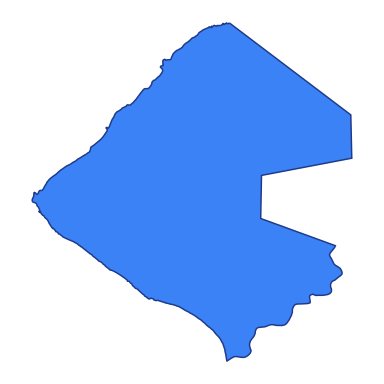 outline of Gros Piton, Soufrière, Saint Lucia
{"feature_id": "8701671B60383917462580", "entity_name": "Gros Piton", "entity_type": "district", "adm_level": 2, "iso_a3": "LCA", "parent_name": "Saint Lucia", "parent_adm1": "Soufrière", "projection": "mercator", "projection_center": [-61.071, 13.808], "detail": "fine", "context": "isolated", "style": "filled", "palette": "blue", "viewbox_px": 384, "rotation_deg": 0, "n_neighbors": 0, "source": "geoboundaries", "source_scale": "gbopen_adm2", "svg_char_len": 5461}
<svg xmlns="http://www.w3.org/2000/svg" viewBox="0 0 384 384"><path d="M350.8,114.9L230.0,23.4L228.8,23.4L228.2,23.3L227.4,23.8L226.8,23.3L226.4,23.0L225.0,24.0L224.1,24.4L223.4,24.3L223.2,24.1L223.5,23.6L223.2,23.5L222.7,23.8L222.4,24.3L222.4,24.6L220.7,25.4L219.6,25.5L218.7,25.6L217.8,25.6L217.3,25.4L217.0,25.6L216.7,26.1L216.1,26.2L215.8,26.1L214.7,25.5L213.9,25.5L213.5,25.7L212.7,26.5L212.1,27.0L212.1,26.4L211.6,26.3L211.1,27.0L210.8,27.4L209.8,26.9L209.1,26.9L208.9,27.3L208.1,27.7L203.8,29.6L202.4,30.3L201.1,31.4L200.4,31.7L199.3,32.5L198.9,32.8L197.9,34.5L197.2,35.2L196.3,35.9L195.4,36.3L195.1,36.6L194.8,37.2L194.0,37.5L193.2,37.5L192.8,37.8L192.2,38.0L190.1,40.0L189.7,40.6L188.2,41.6L187.5,42.3L186.0,43.1L184.3,44.5L183.1,46.1L182.1,47.4L180.6,48.5L178.2,49.8L176.7,50.5L175.4,51.5L173.1,53.9L172.5,55.5L172.0,56.3L171.1,58.7L171.0,59.1L170.4,59.6L166.8,59.9L166.1,60.2L165.6,60.1L165.3,59.5L164.7,59.3L163.1,60.1L162.8,61.1L162.9,62.1L162.9,64.4L163.3,64.7L163.3,65.1L162.8,65.8L161.3,65.9L160.7,66.3L160.4,67.1L160.8,67.6L162.0,68.7L162.2,69.0L162.6,70.0L162.6,70.9L162.3,72.0L161.1,73.8L159.8,75.6L159.3,76.2L158.4,76.7L155.1,79.9L153.4,80.5L153.0,81.0L152.0,82.2L151.8,83.2L151.6,84.3L150.5,86.1L149.2,87.8L148.5,88.3L147.4,88.6L145.1,88.7L144.2,88.9L142.7,90.5L140.7,93.0L139.1,95.2L137.8,96.9L135.7,99.8L134.9,100.5L133.5,102.2L131.8,103.7L129.8,105.2L128.7,105.0L127.7,104.8L126.7,105.3L126.1,106.3L122.2,108.1L121.1,109.4L119.0,110.8L116.9,111.9L115.3,113.7L114.2,116.0L113.8,117.0L112.5,118.9L111.8,120.3L109.5,126.1L109.0,127.3L108.5,127.9L108.3,128.1L107.8,127.9L106.9,127.4L106.4,127.5L106.1,127.9L106.3,128.4L107.1,129.3L107.3,130.2L107.1,130.9L104.3,135.1L102.7,137.3L100.8,139.4L96.2,143.2L95.1,144.2L93.1,145.7L91.3,146.8L90.8,147.5L90.3,150.0L89.9,151.0L89.4,152.0L87.7,153.0L86.7,153.9L84.0,155.4L80.1,157.9L78.6,158.7L77.6,159.2L76.0,160.8L72.8,162.5L70.1,164.4L67.0,165.8L65.2,166.9L63.0,168.6L60.9,169.9L58.9,171.6L57.9,172.5L57.4,173.1L56.7,173.6L55.5,174.7L54.3,175.4L50.6,178.2L49.6,179.1L46.9,182.3L46.3,183.8L44.5,186.5L43.6,188.5L42.1,190.4L41.3,190.5L40.3,190.4L39.5,190.7L38.4,192.6L38.1,193.6L37.6,194.2L37.1,194.4L36.4,194.1L35.6,193.0L34.7,192.5L34.4,192.5L33.9,192.9L33.8,196.0L32.3,199.3L32.2,200.2L32.3,201.2L32.8,201.9L33.4,202.3L33.8,202.4L34.8,202.7L36.2,203.3L36.8,204.6L36.8,204.9L37.2,205.9L38.3,207.0L39.1,208.5L39.9,210.9L39.1,211.2L38.9,211.5L39.1,211.9L39.5,212.3L40.0,212.4L40.7,212.2L40.8,212.6L41.1,213.4L41.5,214.0L42.9,215.4L43.6,215.6L43.9,215.9L44.6,217.1L45.0,217.7L46.4,218.8L47.7,220.2L49.1,223.2L51.9,227.6L52.8,228.5L53.2,228.3L54.2,229.2L55.3,230.7L55.9,231.7L56.8,231.8L57.5,232.4L58.3,233.1L58.4,233.5L58.5,233.9L59.5,234.1L61.0,235.2L62.1,236.1L63.1,237.0L65.8,238.3L69.0,239.8L72.8,241.3L76.1,243.2L77.4,243.8L78.1,244.5L78.9,245.3L79.9,245.7L80.6,246.5L81.4,246.8L84.1,249.0L87.5,251.7L89.9,253.6L90.6,254.1L91.9,254.8L92.5,255.7L93.9,256.9L95.4,257.9L96.1,258.6L97.4,259.6L98.6,260.9L100.8,261.9L102.3,263.0L102.6,263.3L103.1,264.1L103.9,264.6L104.7,265.0L104.9,265.3L105.3,266.1L106.0,266.6L107.9,268.1L109.7,269.5L110.1,270.1L111.0,270.2L112.0,270.4L112.5,270.6L114.7,271.7L116.9,272.9L119.1,274.3L120.7,275.3L125.5,278.7L126.9,279.9L127.3,280.2L127.3,280.7L127.5,281.2L128.9,281.3L129.5,281.8L130.7,283.2L131.7,283.8L132.6,285.7L134.1,286.9L135.5,288.4L136.6,288.5L137.2,289.0L141.0,292.5L142.2,293.5L142.9,294.3L143.8,294.6L144.6,296.0L146.3,296.9L146.7,297.0L146.9,297.6L148.3,298.6L149.5,299.0L150.4,298.6L150.5,298.4L151.1,298.2L153.0,298.8L153.3,298.8L153.8,299.8L154.2,300.1L155.4,300.4L156.0,300.6L156.9,300.4L157.8,300.4L161.1,301.4L162.0,301.8L164.2,302.3L165.0,302.8L168.3,303.5L170.1,304.1L172.1,304.4L174.5,305.1L175.8,305.5L176.9,306.0L178.7,306.5L180.2,307.3L183.1,309.0L185.4,310.5L185.6,310.5L187.9,311.7L188.9,312.1L189.6,312.8L192.5,314.2L192.7,314.5L193.5,314.8L194.7,315.6L197.8,317.9L198.7,318.6L200.7,319.7L203.1,321.9L204.4,322.8L206.0,324.5L207.0,325.5L209.0,327.1L210.0,327.7L210.8,328.5L212.1,329.7L212.8,329.9L215.5,333.5L216.4,334.5L217.5,335.6L217.8,336.0L219.1,337.3L219.4,337.8L220.3,338.9L221.8,341.9L222.4,342.8L222.9,343.7L223.6,345.8L224.3,347.9L224.3,348.2L224.8,349.3L225.1,349.7L224.9,350.7L225.7,354.2L226.3,357.7L226.8,360.7L227.0,361.0L231.5,358.1L234.1,356.7L236.1,356.5L238.0,356.8L241.6,357.3L243.9,357.4L246.1,356.7L248.7,354.9L250.4,352.9L251.1,350.7L250.2,348.3L249.8,346.8L249.5,345.4L249.7,343.1L250.6,340.7L251.6,339.2L253.6,336.8L254.9,334.2L255.2,333.0L255.3,331.3L256.0,329.4L257.3,327.9L258.9,327.4L264.8,326.8L267.2,326.0L268.1,325.5L270.5,324.8L272.2,324.6L276.5,325.4L281.9,325.5L283.8,325.1L285.4,324.5L286.7,323.2L287.1,322.9L287.3,322.5L289.2,319.8L290.3,317.5L291.5,315.2L291.8,313.4L292.3,312.8L292.4,309.5L293.1,307.4L294.0,305.8L294.7,304.9L296.0,304.3L297.4,304.0L303.6,303.8L307.9,303.5L309.8,303.0L310.3,302.0L309.9,299.6L309.5,297.0L309.6,296.1L310.5,295.0L312.5,294.3L313.3,294.3L314.5,295.0L316.3,295.5L316.6,295.3L322.8,295.3L325.7,294.9L327.7,294.5L329.8,293.6L330.9,292.4L331.4,291.5L331.5,290.0L331.3,288.7L330.5,286.5L330.6,284.2L331.5,282.2L332.7,281.0L334.7,280.2L338.5,277.1L340.5,275.7L341.9,274.2L342.1,272.3L341.2,270.1L340.2,268.4L337.4,266.4L335.5,265.4L333.8,263.7L332.5,260.8L331.1,258.1L330.0,256.5L329.5,254.7L330.1,253.2L331.0,252.0L333.7,248.7L334.6,247.5L335.4,245.7L260.7,218.5L261.5,175.4L351.8,158.2L351.7,155.1L350.8,114.9Z" fill="#3b82f6" stroke="#1e3a8a" stroke-width="1.5"/></svg>